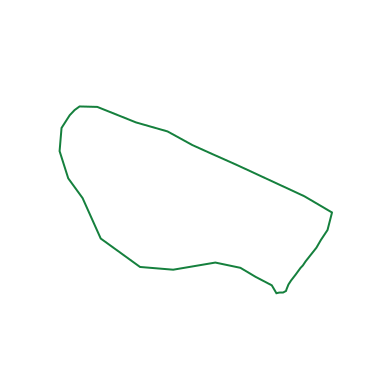 Riche Fond/New Village, Dennery, Saint Lucia, rotated 144°
{"feature_id": "8701671B39379224532007", "entity_name": "Riche Fond/New Village", "entity_type": "district", "adm_level": 2, "iso_a3": "LCA", "parent_name": "Saint Lucia", "parent_adm1": "Dennery", "projection": "equal_earth", "projection_center": [-60.924, 13.937], "detail": "fine", "context": "isolated", "style": "outline", "palette": "green", "viewbox_px": 384, "rotation_deg": 144, "n_neighbors": 0, "source": "geoboundaries", "source_scale": "gbopen_adm2", "svg_char_len": 658}
<svg xmlns="http://www.w3.org/2000/svg" viewBox="0 0 384 384"><g transform="rotate(144 192 192)"><path d="M183.2,60.5L180.6,59.4L177.3,57.1L174.1,56.7L172.6,57.8L168.3,60.5L163.8,62.2L156.9,64.2L148.8,66.8L145.5,67.4L140.9,69.1L134.5,70.9L124.1,73.8L116.0,77.4L104.7,81.6L91.4,92.6L90.8,93.2L92.7,97.5L103.6,122.5L139.9,187.6L153.3,210.8L164.1,229.7L176.2,255.4L190.7,273.9L196.4,281.2L218.6,316.5L228.1,323.8L232.7,327.3L237.3,327.3L238.8,327.3L245.8,326.0L259.9,320.5L275.1,302.9L284.1,275.8L284.1,251.4L293.2,208.0L278.1,161.9L252.9,140.2L214.6,121.2L197.4,102.2L190.4,85.9L182.3,69.6L183.2,60.5Z" fill="none" stroke="#15803d" stroke-width="2"/></g></svg>